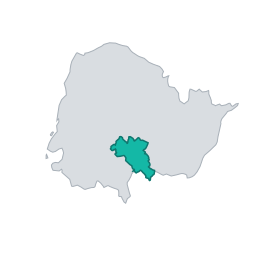 where Kâmpóng Cham sits in Cambodia, rotated 32°
{"feature_id": "KHM-1784", "entity_name": "Kâmpóng Cham", "entity_type": "Province", "adm_level": 1, "iso_a3": "KHM", "parent_name": "Cambodia", "parent_adm1": "", "projection": "natural_earth1", "projection_center": [105.558, 12.075], "detail": "fine", "context": "in_parent", "style": "filled", "palette": "teal", "viewbox_px": 256, "rotation_deg": 32, "n_neighbors": 0, "source": "natural_earth", "source_scale": "10m", "svg_char_len": 5909}
<svg xmlns="http://www.w3.org/2000/svg" viewBox="0 0 256 256"><g transform="rotate(32 128 128)"><path d="M208.5,48.8L209.0,50.9L207.7,54.7L206.3,58.2L203.7,61.2L203.6,63.5L202.7,70.2L203.0,72.3L203.6,74.1L204.5,75.1L206.8,81.6L208.9,87.6L211.0,92.5L211.4,95.6L209.5,103.4L207.3,110.6L207.5,114.2L208.4,117.8L209.5,122.6L209.8,128.7L209.3,132.7L208.3,135.2L206.4,137.7L204.7,139.0L202.7,136.8L201.2,136.8L199.0,137.4L197.3,138.4L193.9,142.1L190.1,145.8L184.9,146.7L182.9,149.4L180.7,149.7L176.5,149.9L173.8,150.5L173.9,151.9L173.7,158.3L173.8,159.7L173.4,160.1L171.5,160.3L168.3,159.4L164.0,157.8L160.9,157.5L159.4,160.3L158.4,161.4L157.3,161.6L156.0,162.1L155.6,163.3L155.5,164.9L156.1,167.5L156.4,171.7L156.2,174.6L157.3,176.4L163.9,182.6L165.8,184.1L166.1,185.0L164.9,188.3L165.9,193.0L163.9,192.9L160.4,190.9L158.8,189.7L156.8,190.7L156.1,190.5L154.8,188.2L153.0,185.8L151.2,185.7L147.4,186.6L143.4,187.3L142.0,187.3L141.3,187.7L139.1,191.2L138.1,190.6L134.2,189.2L130.6,188.7L129.8,189.6L130.3,192.5L131.1,195.3L130.6,196.5L128.6,197.9L126.0,200.6L124.4,202.6L123.3,203.1L119.3,203.0L115.3,203.3L113.7,205.2L112.2,206.8L111.0,207.2L105.8,202.4L95.5,200.7L94.4,198.6L93.4,198.2L92.4,200.9L86.8,203.6L84.4,202.0L82.7,200.0L82.9,197.7L84.6,195.7L87.4,194.4L88.7,189.5L86.6,183.3L84.7,181.5L82.7,180.1L80.6,182.4L78.9,186.3L77.0,188.4L74.5,188.8L70.7,188.6L69.2,182.7L68.8,177.7L69.3,171.9L69.9,168.5L66.2,163.8L66.1,159.3L64.3,157.0L63.8,158.1L63.8,159.4L63.3,158.5L57.6,145.3L56.7,139.2L57.7,134.5L58.3,132.9L56.6,130.4L54.3,127.6L50.2,123.9L50.0,118.1L49.1,111.2L47.8,108.9L46.0,104.6L45.0,101.1L44.6,91.8L45.2,91.1L48.1,90.8L51.8,90.1L52.4,88.6L51.8,87.4L54.2,85.3L57.6,80.7L60.2,75.9L62.2,72.8L63.3,69.8L67.2,65.5L72.5,62.6L76.1,61.9L79.8,60.9L83.4,59.4L85.1,59.3L89.6,61.0L92.0,61.5L94.5,61.5L97.1,61.6L99.4,61.5L104.9,60.3L110.7,61.2L115.8,60.5L122.2,59.1L125.4,59.9L128.2,61.3L128.6,64.2L129.3,65.5L130.3,66.5L131.5,66.5L133.2,64.5L134.5,62.4L135.0,62.1L135.0,63.1L135.7,65.3L136.9,67.4L138.2,68.9L140.2,70.8L141.6,70.9L145.9,69.1L152.5,71.7L153.3,73.0L155.4,75.7L157.7,77.6L162.8,77.8L164.6,73.0L163.7,70.2L160.8,65.1L160.0,62.2L161.0,61.7L165.9,61.1L166.7,60.5L167.8,57.3L169.1,57.6L171.9,58.1L174.8,55.8L176.5,53.5L177.4,54.6L178.4,56.2L179.6,57.2L181.7,58.6L184.0,60.5L185.4,62.5L186.5,63.2L189.5,62.7L190.3,62.8L192.0,60.4L193.1,59.1L194.2,59.5L195.6,59.5L198.7,56.5L200.4,53.7L201.4,53.0L204.2,54.4L205.3,54.1L206.8,50.3L208.5,48.8ZM67.3,175.0L66.8,175.3L66.2,175.3L65.7,174.8L65.7,172.6L66.1,171.3L67.1,171.1L67.3,175.0ZM75.9,195.8L74.7,197.3L72.9,194.3L72.9,193.5L75.9,195.8Z" fill="#d9dde1" stroke="#a8b0b8" stroke-width="1"/><path d="M174.5,160.5L174.2,161.1L173.8,161.1L173.4,160.8L172.7,160.3L172.3,160.1L171.9,160.0L171.6,160.1L169.8,160.6L169.4,160.5L169.1,160.3L168.7,159.4L168.4,159.1L167.8,158.7L165.6,158.0L164.3,157.9L162.7,157.3L161.2,157.1L160.5,158.0L160.5,158.5L160.4,159.0L160.2,159.4L159.3,160.5L159.0,161.2L158.7,161.8L157.8,161.7L156.3,161.1L155.7,161.2L155.1,161.8L155.1,161.6L155.4,160.8L155.5,160.2L155.4,159.9L155.2,159.8L154.1,160.1L153.6,160.0L153.4,159.9L153.2,159.8L152.9,159.6L152.1,158.9L151.2,158.0L149.0,158.0L145.0,157.2L143.9,157.0L143.7,157.0L143.3,156.8L143.2,156.7L143.0,156.4L142.9,156.2L142.5,155.2L142.0,154.4L140.1,153.6L139.5,153.4L139.2,153.5L138.9,153.6L138.6,153.9L138.1,154.4L137.8,154.7L136.5,156.0L134.0,157.9L131.4,157.3L130.8,157.0L130.8,156.8L130.8,156.2L130.8,155.9L131.0,155.7L131.3,155.6L131.5,155.5L131.5,155.4L131.5,155.2L131.4,155.0L130.1,154.3L129.1,152.7L128.5,152.5L128.4,153.3L128.3,153.5L128.1,153.4L127.8,153.4L127.6,153.5L127.1,155.1L126.9,155.3L126.7,155.3L126.4,155.4L126.1,155.6L125.9,155.6L125.6,155.4L125.0,155.2L124.9,155.1L124.7,154.9L124.5,155.0L124.4,155.1L124.2,155.0L124.1,154.8L124.2,154.5L124.1,153.8L123.4,152.6L124.4,150.0L124.7,149.5L124.8,149.4L125.0,149.2L125.4,149.1L126.1,149.2L126.3,149.2L126.2,148.8L125.9,148.7L125.8,147.0L125.7,146.8L125.7,146.6L125.2,146.0L125.0,145.8L125.0,145.6L125.0,145.4L125.2,144.7L125.5,143.6L126.0,142.1L126.0,141.5L125.6,139.9L126.3,139.2L126.8,139.0L127.0,139.0L128.2,139.1L128.3,139.1L128.5,139.2L129.2,140.0L130.1,140.4L132.2,140.6L132.3,140.6L132.7,141.0L132.8,141.0L133.1,141.0L133.3,140.9L133.6,140.8L134.4,140.7L135.2,141.5L135.4,141.5L135.5,141.4L135.6,141.1L135.6,140.9L135.5,140.6L134.4,137.9L134.4,137.1L134.4,136.9L134.3,136.7L133.6,135.4L133.5,135.1L133.5,134.9L134.0,134.6L134.5,134.2L135.2,134.2L135.4,134.2L135.7,134.1L135.9,134.1L136.2,134.1L136.3,134.2L136.6,134.2L137.5,134.2L137.8,134.2L137.9,134.3L138.1,134.5L138.3,134.6L138.9,134.7L139.0,134.7L139.2,134.8L139.3,134.9L139.4,135.0L139.5,135.3L139.6,135.5L139.8,135.6L140.1,135.6L140.4,135.5L140.5,135.4L140.7,134.9L141.8,130.8L142.9,130.6L143.3,130.7L143.7,130.9L143.8,131.0L144.3,131.3L144.7,131.6L145.0,131.7L145.5,131.6L145.8,131.4L146.3,131.0L146.7,130.7L146.9,130.6L152.9,129.9L153.3,131.3L153.7,134.1L153.8,136.0L153.7,136.6L153.4,137.1L153.2,137.3L153.0,137.6L152.9,137.8L152.8,138.9L153.0,138.9L154.7,139.2L155.3,139.2L155.6,139.4L155.8,140.9L156.7,140.7L156.8,140.6L157.1,140.4L157.3,140.3L157.6,140.4L157.9,140.4L158.8,140.9L159.9,141.1L160.3,141.4L161.2,142.0L161.3,142.2L161.3,142.3L161.5,143.0L161.9,143.1L162.0,143.1L162.3,143.2L162.5,143.3L162.7,143.8L162.8,144.0L162.8,144.4L162.8,144.5L162.6,144.9L162.5,145.0L162.7,145.4L163.0,145.5L163.6,145.9L164.1,145.9L164.4,146.0L164.9,146.5L165.3,146.8L165.5,146.8L165.8,147.1L166.0,147.4L166.5,148.6L166.4,148.8L166.3,149.0L166.2,149.2L166.1,149.3L166.0,149.5L165.9,149.6L165.9,149.8L165.9,150.0L166.2,150.3L167.7,150.3L167.9,150.5L168.0,150.6L168.3,150.7L168.6,150.7L169.5,150.3L169.8,150.3L170.5,150.5L170.8,150.5L173.0,149.9L173.5,150.7L174.4,152.7L174.6,153.6L174.1,154.6L174.0,154.8L174.0,155.5L174.0,155.9L173.7,156.4L173.5,156.9L173.3,157.4L173.3,158.0L174.2,159.6L174.5,160.5Z" fill="#14b8a6" stroke="#0f766e" stroke-width="1.5"/></g></svg>